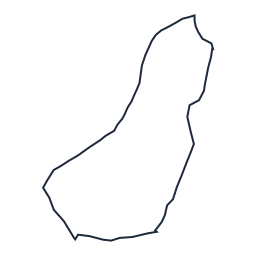 Kangarli District, Babək, Azerbaijan
{"feature_id": "54616110B75082210580506", "entity_name": "Kangarli District", "entity_type": "district", "adm_level": 2, "iso_a3": "AZE", "parent_name": "Azerbaijan", "parent_adm1": "Babək", "projection": "equal_earth", "projection_center": [45.21, 39.448], "detail": "fine", "context": "isolated", "style": "outline", "palette": "slate", "viewbox_px": 256, "rotation_deg": 0, "n_neighbors": 0, "source": "geoboundaries", "source_scale": "gbopen_adm2", "svg_char_len": 969}
<svg xmlns="http://www.w3.org/2000/svg" viewBox="0 0 256 256"><path d="M212.9,48.4L211.4,43.4L202.4,38.7L198.2,32.0L195.7,26.4L194.6,21.0L194.5,15.4L194.2,15.5L188.3,17.3L182.5,18.7L175.8,22.7L169.9,26.0L161.3,30.4L155.9,34.8L151.7,41.0L148.3,48.6L145.4,55.0L141.9,65.5L140.8,73.4L139.5,83.0L137.2,88.6L133.7,96.2L131.7,101.1L127.7,107.4L124.6,114.4L122.4,118.6L117.3,124.8L114.2,130.8L105.6,135.8L100.6,139.9L90.8,146.3L84.7,150.6L78.8,154.9L68.6,160.9L60.3,166.3L53.7,170.0L47.0,180.7L43.3,187.4L43.1,187.8L49.3,197.7L51.5,203.7L53.9,209.9L63.8,221.1L68.4,228.6L73.9,237.7L75.2,239.4L78.1,234.7L89.3,236.1L103.2,239.7L111.2,240.6L119.7,237.9L132.3,237.0L147.9,233.3L156.7,231.8L155.1,230.6L161.8,221.9L164.9,215.0L167.1,205.4L173.0,199.2L176.8,187.2L181.6,175.5L186.2,163.5L190.2,153.6L193.9,144.0L191.0,132.9L187.3,116.8L189.6,105.2L199.0,100.2L203.9,90.9L205.0,83.9L208.2,67.6L211.0,57.1L212.4,48.1L212.9,48.4Z" fill="none" stroke="#1e293b" stroke-width="2"/></svg>